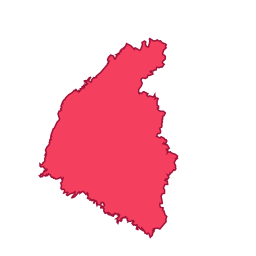 the district of Sylhet, Sylhet, Bangladesh, rotated 292°
{"feature_id": "16705992B47932115867008", "entity_name": "Sylhet", "entity_type": "district", "adm_level": 2, "iso_a3": "BGD", "parent_name": "Bangladesh", "parent_adm1": "Sylhet", "projection": "mercator", "projection_center": [91.877, 24.89], "detail": "fine", "context": "isolated", "style": "filled", "palette": "rose", "viewbox_px": 256, "rotation_deg": 292, "n_neighbors": 0, "source": "geoboundaries", "source_scale": "gbopen_adm2", "svg_char_len": 5738}
<svg xmlns="http://www.w3.org/2000/svg" viewBox="0 0 256 256"><g transform="rotate(292 128 128)"><path d="M41.3,190.7L41.4,190.2L42.1,190.5L42.3,189.8L42.7,190.4L43.2,189.7L43.7,190.3L44.3,189.5L46.3,193.0L46.3,195.4L55.5,198.4L57.6,197.3L60.5,197.1L61.3,194.9L64.7,192.2L65.0,190.8L67.1,190.6L66.7,187.8L67.7,186.6L70.1,185.9L70.6,187.8L71.2,188.0L77.2,184.2L79.7,184.4L81.2,186.3L84.5,185.0L85.4,183.3L89.4,183.3L90.6,185.9L93.2,184.5L93.4,181.8L95.1,182.2L94.8,183.7L97.6,184.4L99.4,182.2L99.3,183.2L99.9,183.8L101.3,184.3L101.8,183.9L102.9,185.1L106.4,186.0L106.3,187.1L107.0,187.6L108.5,187.5L109.3,186.6L110.7,186.4L113.1,183.8L116.4,184.1L117.7,184.8L117.7,183.9L118.6,184.8L118.7,184.3L120.4,184.5L121.3,181.9L121.1,177.6L121.8,176.2L121.0,175.1L121.0,174.2L119.7,173.8L120.6,173.6L122.7,171.6L123.1,172.4L122.6,173.1L123.4,173.0L124.7,173.8L127.0,170.8L126.6,166.4L127.7,166.9L127.8,168.8L130.5,168.9L131.5,167.6L130.9,166.5L132.0,165.4L132.3,162.0L130.8,161.5L131.0,157.4L134.2,157.8L134.6,159.2L135.6,159.8L137.2,159.5L139.3,157.7L140.0,157.7L141.5,158.9L143.9,158.2L144.9,157.4L146.6,157.7L147.9,156.6L149.0,156.4L149.3,156.8L151.7,155.8L153.0,156.7L155.9,157.0L156.8,154.7L155.8,152.1L155.8,149.9L156.3,148.8L157.4,147.8L157.9,148.9L159.7,148.2L160.0,146.4L163.5,145.0L166.6,144.9L166.7,143.8L165.3,142.1L166.9,142.0L167.7,140.9L169.0,140.3L166.3,139.9L165.8,135.8L164.7,134.9L165.4,133.3L167.2,133.5L166.8,132.6L167.3,132.4L167.6,129.3L167.4,128.7L164.9,127.4L165.0,126.0L164.1,125.7L164.7,124.8L167.4,123.5L172.5,124.6L175.1,124.3L176.1,122.8L177.9,121.9L178.9,122.1L180.2,123.3L180.3,125.4L182.1,126.9L184.4,126.7L184.8,128.2L187.3,130.9L188.3,130.3L188.3,127.7L188.9,127.4L190.5,130.3L191.5,130.5L192.3,132.3L195.0,131.8L195.6,134.3L196.7,135.2L197.2,136.8L200.6,137.7L201.1,135.8L201.8,135.2L203.3,135.4L205.6,136.7L208.4,135.8L209.0,134.6L209.2,132.7L210.0,132.2L213.4,131.9L216.6,133.3L217.3,132.3L219.5,132.3L220.0,131.0L219.8,127.8L221.0,125.3L220.2,124.3L220.6,122.0L219.1,120.9L218.3,119.0L219.1,114.7L218.4,114.5L216.6,115.8L210.9,116.6L210.5,115.4L210.9,113.9L212.1,112.8L214.5,112.2L214.8,110.7L212.6,109.0L210.5,110.2L205.3,110.4L204.4,109.8L205.0,104.8L204.6,104.3L203.3,104.4L205.4,99.6L205.7,95.0L203.0,95.2L201.3,94.3L200.7,94.5L200.4,93.9L199.9,94.2L198.7,92.6L196.7,92.0L196.6,92.9L194.8,91.7L193.7,92.3L193.3,92.0L193.4,91.1L192.3,90.2L191.8,90.9L191.3,90.8L191.2,90.1L190.9,90.8L190.4,90.3L187.6,90.5L187.2,90.1L187.4,89.8L187.8,89.2L187.1,90.0L186.9,89.8L189.2,87.6L189.2,84.6L186.1,83.4L183.5,83.5L182.8,84.4L182.8,85.4L181.7,84.9L181.0,85.6L180.0,85.3L180.2,85.0L180.1,84.9L178.6,85.0L169.1,81.8L163.9,79.0L163.2,79.8L162.2,78.7L161.9,77.3L158.7,76.2L157.8,76.8L156.4,76.4L157.3,73.5L161.4,74.5L160.0,73.3L156.0,72.2L156.2,71.1L155.4,69.9L154.6,70.3L154.7,71.8L153.7,74.0L152.2,72.9L152.8,72.6L152.7,72.0L152.2,72.6L152.1,72.0L151.0,71.5L149.5,72.3L148.5,72.0L149.7,71.0L148.5,71.2L148.3,70.4L149.8,69.8L147.6,70.4L147.0,70.3L146.6,69.2L145.9,69.9L143.4,69.1L144.2,68.6L144.2,68.8L145.3,68.9L143.1,68.1L143.4,66.1L143.0,65.6L143.9,66.0L144.2,65.3L142.7,64.9L142.8,64.0L140.2,63.2L136.6,60.6L132.1,58.7L131.1,59.1L130.1,58.1L127.5,57.6L126.5,57.7L126.1,58.3L125.8,57.7L122.9,57.8L122.6,58.7L120.2,58.4L119.8,59.5L118.1,58.6L117.8,57.8L114.9,57.8L111.0,61.0L110.0,61.3L107.0,60.1L100.1,59.7L99.3,59.0L92.4,59.3L92.1,59.7L91.4,59.7L91.5,60.2L89.3,60.0L88.5,61.0L87.5,59.9L86.4,60.6L85.0,60.4L84.4,61.1L83.1,61.1L79.9,60.0L77.0,59.8L76.1,60.0L75.0,61.4L72.0,61.2L72.6,62.1L68.7,62.3L65.7,63.3L63.9,62.2L63.3,62.5L62.2,62.0L61.2,61.0L61.7,59.9L59.8,60.7L59.3,61.6L60.4,64.2L59.3,65.6L58.8,67.7L59.9,68.7L57.5,68.0L57.3,66.5L56.7,66.9L56.7,66.4L53.2,65.9L52.8,64.6L51.4,64.3L50.8,64.8L50.5,64.0L49.8,65.1L50.8,66.7L52.4,67.2L52.7,69.8L54.1,69.8L53.6,70.5L53.8,71.3L55.7,71.4L55.3,73.5L53.8,75.4L54.0,76.7L54.8,76.2L53.5,77.8L54.1,79.0L53.6,80.0L54.6,81.9L57.1,84.1L55.9,85.5L57.2,86.5L53.4,86.9L51.8,86.3L49.8,88.0L47.0,88.3L46.2,90.0L47.2,91.3L47.0,92.2L45.7,92.8L43.7,92.8L45.3,94.9L45.6,96.2L43.0,96.0L42.8,96.6L42.8,97.4L45.1,98.8L47.3,101.6L48.9,102.6L47.2,103.3L42.9,102.0L42.3,102.0L42.4,102.4L44.3,104.3L50.5,106.6L50.5,107.7L49.5,107.9L52.1,109.7L52.3,110.4L50.7,114.0L52.6,114.7L51.8,115.6L50.5,115.7L49.8,116.8L47.7,116.7L47.5,117.9L48.3,118.8L47.8,119.0L47.7,120.0L47.0,120.0L47.7,121.3L46.6,122.1L47.9,121.8L47.9,122.6L48.6,123.1L48.3,124.0L45.6,124.3L45.6,124.6L48.4,124.8L48.6,125.4L47.3,126.5L47.5,127.1L45.9,127.2L44.7,128.2L46.1,128.2L45.8,129.6L46.3,131.0L47.8,131.5L48.8,131.1L49.6,132.9L49.2,133.7L48.5,133.7L48.2,134.9L46.4,135.1L45.9,134.7L45.9,132.9L45.3,133.1L45.3,132.6L45.0,133.0L44.8,132.5L44.0,132.5L43.7,132.9L44.4,133.5L44.3,135.9L42.0,136.6L40.5,138.4L40.5,139.0L41.2,139.1L41.3,140.8L42.0,140.7L42.1,141.2L42.0,143.4L41.4,143.9L41.1,141.9L40.7,142.5L40.4,141.4L40.7,144.1L41.2,144.3L41.6,145.8L40.7,145.7L40.7,147.4L42.5,147.7L42.6,147.1L43.2,148.2L44.1,147.9L44.2,149.2L43.7,150.4L44.7,151.0L43.3,151.7L44.2,151.9L44.3,152.6L43.4,153.0L41.9,152.7L39.4,151.0L39.7,152.0L38.3,152.9L38.3,153.4L37.7,152.7L36.6,153.1L35.9,154.3L38.6,154.0L39.1,154.9L38.9,156.5L39.6,156.6L40.6,155.8L40.6,156.6L41.8,156.0L42.4,157.0L43.4,157.1L43.5,158.7L44.5,158.6L44.8,159.4L44.0,160.2L43.9,161.5L42.4,161.6L41.7,162.9L41.0,163.1L41.8,163.7L42.2,165.1L43.6,166.1L43.3,167.0L44.1,167.5L43.7,168.6L42.3,168.3L42.3,167.5L41.0,167.5L40.1,169.3L39.5,169.2L40.8,170.1L40.5,171.4L41.7,172.3L41.3,173.1L37.6,173.5L37.5,175.2L38.0,175.2L38.3,173.9L39.9,174.4L40.0,175.6L39.2,176.5L38.7,179.1L39.5,178.2L40.5,178.2L38.5,182.0L36.8,183.3L37.1,184.5L36.7,185.4L38.1,186.1L38.0,186.8L35.0,189.6L37.4,190.6L39.1,190.6L39.8,190.0L41.3,190.7Z" fill="#f43f5e" stroke="#9f1239" stroke-width="1.5"/></g></svg>